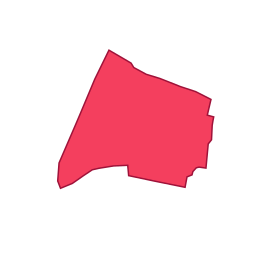 Almazar, Tashkent, Uzbekistan (orthographic projection), rotated 334°
{"feature_id": "79887680B42148642049849", "entity_name": "Almazar", "entity_type": "district", "adm_level": 2, "iso_a3": "UZB", "parent_name": "Uzbekistan", "parent_adm1": "Tashkent", "projection": "orthographic", "projection_center": [69.193, 41.327], "detail": "fine", "context": "isolated", "style": "filled", "palette": "rose", "viewbox_px": 256, "rotation_deg": 334, "n_neighbors": 0, "source": "geoboundaries", "source_scale": "gbopen_adm2", "svg_char_len": 585}
<svg xmlns="http://www.w3.org/2000/svg" viewBox="0 0 256 256"><g transform="rotate(334 128 128)"><path d="M40.9,152.6L53.8,153.4L67.1,151.3L77.6,149.9L84.4,151.5L98.5,155.8L111.4,161.4L107.7,171.1L129.0,187.7L153.3,206.3L159.6,197.8L165.0,198.2L167.2,195.6L172.0,193.7L174.7,194.3L180.5,198.2L193.1,177.5L197.9,175.2L204.8,162.6L207.7,158.5L209.9,155.6L204.9,151.2L215.1,138.7L204.7,124.9L193.3,113.8L178.3,97.4L167.9,87.7L159.7,76.2L159.2,71.0L145.0,49.7L119.6,69.5L90.5,95.0L82.3,102.1L50.7,129.2L41.6,144.8L40.9,152.6Z" fill="#f43f5e" stroke="#9f1239" stroke-width="1.5"/></g></svg>